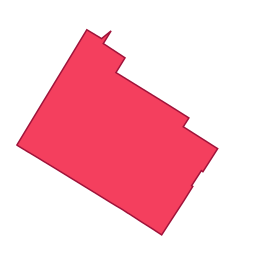 Humboldt, Nevada, United States of America, rotated 212°
{"feature_id": "52423323B95126953057941", "entity_name": "Humboldt", "entity_type": "district", "adm_level": 2, "iso_a3": "USA", "parent_name": "United States of America", "parent_adm1": "Nevada", "projection": "albers", "projection_center": [-118.177, 41.263], "detail": "fine", "context": "isolated", "style": "filled", "palette": "rose", "viewbox_px": 256, "rotation_deg": 212, "n_neighbors": 0, "source": "geoboundaries", "source_scale": "gbopen_adm2", "svg_char_len": 663}
<svg xmlns="http://www.w3.org/2000/svg" viewBox="0 0 256 256"><g transform="rotate(212 128 128)"><path d="M126.1,55.5L103.6,55.6L96.2,55.7L89.2,55.9L83.3,55.7L83.2,55.7L81.9,55.8L66.7,55.5L51.4,55.4L49.6,55.3L48.2,55.3L42.8,55.2L42.6,68.8L42.1,95.3L42.1,112.8L43.5,112.8L43.2,130.7L41.3,130.6L41.0,158.0L42.5,158.0L81.8,158.3L81.7,168.8L107.9,168.9L167.6,168.6L167.7,185.9L193.7,186.5L193.8,201.4L197.8,189.8L215.0,189.5L214.5,154.0L213.9,104.3L213.2,54.7L212.6,54.6L211.5,54.6L210.5,54.6L209.5,54.6L199.9,54.7L198.5,54.8L184.7,55.0L181.8,55.0L168.5,55.2L168.3,55.2L150.0,55.3L126.1,55.5L126.1,55.5Z" fill="#f43f5e" stroke="#9f1239" stroke-width="1.5"/></g></svg>